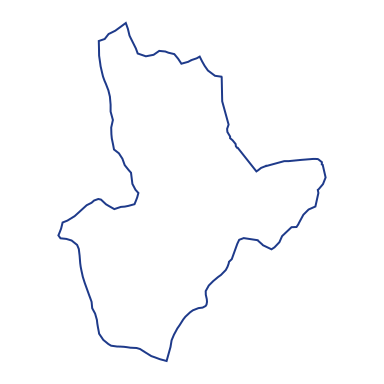 the district of Jabal Eyal Yazid, Amran, Yemen
{"feature_id": "15242507B22949154068881", "entity_name": "Jabal Eyal Yazid", "entity_type": "district", "adm_level": 2, "iso_a3": "YEM", "parent_name": "Yemen", "parent_adm1": "Amran", "projection": "robinson", "projection_center": [43.88, 15.77], "detail": "fine", "context": "isolated", "style": "outline", "palette": "blue", "viewbox_px": 384, "rotation_deg": 0, "n_neighbors": 0, "source": "geoboundaries", "source_scale": "gbopen_adm2", "svg_char_len": 2516}
<svg xmlns="http://www.w3.org/2000/svg" viewBox="0 0 384 384"><path d="M199.7,56.6L196.7,58.3L191.1,60.2L191.0,60.4L190.5,60.6L189.1,61.3L188.3,61.8L187.9,61.9L181.4,63.7L178.1,58.7L174.3,54.1L168.4,52.7L165.3,51.5L159.2,50.9L153.6,54.8L150.0,55.5L145.9,56.3L137.7,53.5L135.9,48.5L132.6,41.9L131.0,38.7L129.5,35.6L127.9,28.9L125.8,23.0L121.2,26.4L115.3,30.7L114.7,31.0L110.1,33.3L108.6,34.0L104.7,39.0L98.8,41.0L99.0,49.1L99.1,55.7L100.1,62.6L100.6,66.3L102.1,72.8L103.0,76.5L104.5,80.7L105.9,83.9L108.4,90.4L109.9,96.6L110.6,104.8L110.6,111.6L112.9,120.0L111.2,127.6L111.4,134.2L111.8,138.4L113.1,144.7L114.0,149.5L118.9,153.3L120.7,156.1L122.4,158.7L124.7,165.1L128.6,170.0L130.9,172.6L131.0,172.7L132.4,183.9L135.5,189.8L138.4,193.0L137.2,197.4L135.9,200.8L134.5,204.2L128.3,205.9L124.8,206.6L120.9,206.9L114.3,209.1L110.8,207.1L109.2,206.2L106.0,204.3L101.0,199.6L98.3,199.0L94.1,200.5L91.5,202.8L86.7,205.2L74.7,216.1L67.4,220.6L62.6,222.5L61.1,228.6L59.8,232.0L58.4,235.4L60.5,238.3L66.3,238.9L71.6,240.5L77.1,244.9L78.8,249.0L79.6,255.6L80.2,263.2L80.7,266.9L81.4,270.4L82.8,276.8L84.7,282.8L86.9,288.9L89.2,295.3L90.4,298.5L91.6,301.9L92.2,308.2L95.1,313.6L96.9,319.9L97.3,323.5L97.9,327.1L98.9,332.3L99.1,333.7L103.3,339.9L108.3,344.0L111.1,345.7L116.9,346.5L120.4,346.6L123.9,346.8L127.1,347.2L130.4,347.7L136.6,348.0L140.0,349.0L145.2,352.3L151.3,356.1L154.5,357.2L159.9,359.2L166.6,361.0L167.1,359.2L170.5,347.0L171.6,340.3L174.0,334.6L175.7,331.5L177.3,328.5L179.6,325.2L183.2,319.5L185.4,316.7L190.1,312.3L192.9,310.3L195.2,309.4L198.5,308.1L202.6,307.6L205.6,306.0L206.5,304.6L207.0,301.9L206.8,299.2L205.8,294.8L205.7,291.1L208.8,285.5L213.3,281.0L218.1,277.0L220.9,275.0L225.8,270.0L227.5,266.8L228.7,263.5L229.0,261.8L231.8,259.1L237.3,243.8L239.2,239.8L243.7,238.1L257.6,240.2L257.6,240.3L262.3,244.5L262.9,245.2L267.1,247.2L271.5,249.3L274.4,247.4L275.2,246.6L279.4,242.2L282.1,236.1L291.5,227.2L296.5,227.0L298.4,224.2L298.7,223.4L303.4,214.7L308.6,209.5L315.4,206.5L318.4,193.0L317.8,189.9L318.6,189.3L323.0,184.1L325.6,177.5L325.0,174.8L322.7,164.8L321.8,164.4L321.9,162.2L318.3,159.3L317.3,159.0L313.5,158.9L301.1,159.9L288.9,161.1L284.7,161.1L284.0,161.2L266.0,166.1L265.9,165.9L265.4,166.2L261.1,167.9L258.2,170.2L256.4,171.4L237.8,147.9L237.2,147.9L235.9,146.3L235.6,144.0L232.5,140.2L230.1,138.2L230.1,136.5L227.4,132.0L227.1,128.9L228.6,124.6L222.2,101.3L221.7,77.3L221.5,76.7L215.0,75.8L207.9,70.5L204.6,65.8L202.1,61.4L199.7,56.6Z" fill="none" stroke="#1e3a8a" stroke-width="2"/></svg>